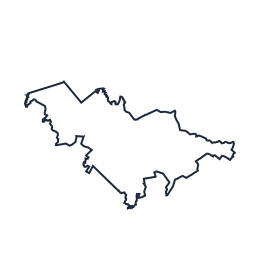 the district of Grundzāles pag., Smiltenes, Latvia, rotated 133°
{"feature_id": "27541924B22887271928522", "entity_name": "Grundzāles pag.", "entity_type": "district", "adm_level": 2, "iso_a3": "LVA", "parent_name": "Latvia", "parent_adm1": "Smiltenes", "projection": "albers", "projection_center": [26.243, 57.466], "detail": "fine", "context": "isolated", "style": "outline", "palette": "slate", "viewbox_px": 256, "rotation_deg": 133, "n_neighbors": 0, "source": "geoboundaries", "source_scale": "gbopen_adm2", "svg_char_len": 5666}
<svg xmlns="http://www.w3.org/2000/svg" viewBox="0 0 256 256"><g transform="rotate(133 128 128)"><path d="M110.3,155.0L112.2,153.7L114.0,152.7L115.8,152.1L117.7,151.6L119.1,153.3L119.0,153.6L118.8,153.8L118.2,154.2L117.9,154.3L117.4,155.0L117.8,155.3L117.6,156.4L120.4,157.7L121.9,156.4L122.0,156.7L121.6,160.4L121.8,161.0L121.6,161.4L120.9,162.3L119.6,163.0L119.5,163.8L119.6,164.2L119.5,164.3L119.6,164.5L118.9,164.7L118.9,165.0L119.4,165.6L118.7,166.0L118.3,166.5L119.1,167.2L119.1,167.4L119.0,167.9L119.1,168.2L119.1,168.3L118.1,168.8L117.4,168.7L117.5,169.1L117.8,169.8L117.6,169.9L117.0,170.0L116.8,170.2L117.0,170.4L117.7,170.3L117.9,170.5L117.8,170.9L117.8,171.0L118.4,171.3L118.0,171.6L117.6,171.4L117.5,171.5L117.6,171.8L117.3,172.2L117.0,172.3L116.6,172.1L116.4,172.4L116.5,172.6L116.2,172.5L116.1,172.9L116.5,173.3L116.4,173.4L116.0,173.2L116.1,173.4L117.2,174.1L117.4,174.4L119.3,176.0L121.1,177.0L120.7,174.7L123.0,174.1L123.2,176.9L141.3,179.5L137.8,206.5L139.3,206.7L170.4,224.4L170.7,224.4L170.7,224.1L170.8,224.0L171.3,224.2L171.4,223.9L171.7,224.0L171.6,224.5L171.9,224.5L172.1,224.3L172.2,224.0L172.1,223.5L172.6,223.5L172.8,223.7L172.7,223.3L172.8,223.2L173.2,223.2L173.1,223.6L173.3,223.8L173.7,223.5L173.6,222.9L174.2,222.8L174.3,222.5L174.1,222.2L174.6,222.3L174.9,222.3L174.9,221.9L175.2,221.7L175.3,222.1L175.5,222.2L175.8,221.6L176.1,221.4L176.4,221.6L176.7,221.6L176.8,221.4L176.8,221.0L177.1,220.8L177.8,221.2L177.6,221.4L178.0,221.3L178.1,220.8L178.3,220.6L177.9,220.5L178.1,220.2L178.4,220.5L178.7,220.1L179.0,220.2L178.9,220.7L179.0,220.8L179.8,220.2L180.0,219.8L179.7,219.8L179.8,219.7L180.4,219.9L180.8,219.2L180.4,219.2L180.5,219.0L180.9,218.8L180.7,218.3L181.0,218.1L181.1,218.4L181.3,218.3L181.3,218.2L181.1,218.0L181.2,217.9L180.9,217.9L180.8,217.7L181.2,217.4L181.4,217.6L181.4,217.8L181.6,217.5L181.7,217.1L181.5,216.4L181.0,216.4L180.3,216.8L179.3,217.0L176.4,216.3L175.2,217.4L173.0,216.5L171.6,216.6L171.0,216.0L170.5,214.9L170.9,214.1L171.0,213.0L168.6,203.9L168.8,203.3L169.1,202.8L170.7,200.9L173.5,199.5L174.6,198.3L174.4,197.2L173.9,195.9L173.9,195.6L177.0,195.4L179.7,196.2L181.5,194.7L181.0,193.8L177.9,193.9L177.8,193.4L177.9,192.6L177.3,192.1L177.3,191.4L176.5,190.9L175.9,191.1L175.2,190.7L176.1,188.5L177.0,188.4L177.9,187.9L178.1,187.9L178.5,185.2L179.1,184.0L179.5,183.7L180.3,183.6L180.8,183.2L181.0,182.1L181.0,181.4L180.8,181.0L180.6,180.3L180.3,179.8L180.1,178.7L179.8,178.1L179.9,177.6L179.6,177.0L179.7,176.1L180.4,174.9L181.4,174.3L183.6,173.4L183.8,171.7L183.7,171.5L184.1,171.3L185.7,169.9L186.2,169.7L188.8,169.8L189.7,169.0L189.6,168.8L183.5,164.1L181.8,162.9L180.8,158.7L178.5,157.6L173.9,156.9L169.9,159.4L169.2,160.3L165.1,155.2L164.8,154.7L164.6,154.6L171.4,151.5L171.5,148.5L171.1,147.2L170.1,145.0L169.4,143.9L168.8,139.5L176.5,140.0L176.8,138.7L176.3,136.9L177.5,136.4L178.9,137.1L179.3,138.2L181.5,136.3L182.3,136.9L183.4,136.9L183.6,136.7L183.0,135.8L183.0,135.6L184.2,136.0L184.8,136.0L185.1,135.8L185.4,135.4L185.5,134.5L185.9,133.7L186.0,133.5L185.8,132.9L185.7,132.7L183.0,131.7L182.8,130.0L188.3,129.0L187.4,125.6L179.7,127.8L180.4,93.5L180.3,93.3L180.3,92.8L180.1,92.4L180.5,92.0L180.2,91.6L180.4,91.0L180.3,90.5L180.6,89.4L180.0,88.8L179.8,88.5L179.9,88.1L178.4,87.5L178.2,87.2L178.1,86.9L177.7,86.6L177.8,86.5L177.9,86.1L177.8,85.7L177.9,85.4L178.1,85.0L178.2,84.3L178.6,83.9L178.3,83.5L178.4,83.4L180.0,82.9L180.4,82.6L181.1,81.6L180.9,81.2L182.0,80.4L183.2,80.3L184.5,79.8L185.3,79.7L184.9,78.1L185.0,77.5L184.7,77.0L184.4,77.0L184.2,76.3L183.8,75.9L184.1,75.4L183.8,74.8L183.8,74.0L183.6,73.6L183.9,73.1L184.4,73.0L184.9,73.2L185.0,73.6L186.6,73.7L186.9,73.3L185.6,72.8L185.1,72.4L185.2,71.8L184.7,71.7L184.5,71.2L183.4,71.4L183.5,71.9L183.3,72.4L182.5,71.9L182.5,71.2L182.7,70.8L181.9,71.0L181.8,70.2L181.4,70.4L179.9,70.4L178.8,70.2L178.6,70.0L178.0,71.0L176.5,71.9L176.2,72.2L175.6,72.0L174.9,72.2L174.1,73.1L173.2,73.5L172.6,74.7L172.3,75.0L170.2,76.5L168.5,74.6L172.2,73.0L169.9,71.1L165.8,69.4L163.4,72.8L158.8,74.9L157.9,78.5L157.3,78.0L154.4,81.7L153.0,80.7L153.0,80.8L145.1,74.7L144.6,74.7L142.5,78.5L142.4,78.5L140.3,77.5L137.4,71.3L138.2,67.2L139.5,60.7L139.8,60.5L145.2,59.9L145.6,59.6L146.1,57.9L146.4,57.5L146.9,57.2L148.1,57.0L149.0,56.7L149.4,56.1L149.9,55.2L151.1,54.0L150.4,53.4L139.8,55.4L135.4,57.6L134.6,58.0L133.5,58.4L132.7,57.8L128.4,56.4L125.7,55.3L124.8,51.4L122.6,50.8L118.6,49.6L116.3,49.1L111.6,47.8L110.8,49.2L106.7,51.9L106.0,55.7L102.1,54.8L101.6,54.5L101.2,54.5L93.0,52.8L92.1,51.6L91.6,50.5L90.8,46.3L89.8,46.5L89.8,46.8L88.7,45.8L88.3,39.8L84.2,40.3L83.1,38.4L82.2,34.8L81.8,31.6L79.6,31.9L77.3,31.5L77.4,32.4L75.1,33.2L73.3,33.0L73.3,37.5L71.0,37.9L67.6,39.6L67.2,40.0L66.7,41.0L66.3,41.4L66.3,41.6L69.0,42.8L70.5,44.1L70.9,45.8L71.8,47.3L72.0,47.5L73.3,47.7L73.8,47.9L75.3,49.0L75.0,50.0L75.2,52.2L75.3,52.5L75.7,52.7L76.6,52.8L78.2,53.9L79.0,54.2L79.9,55.4L81.2,56.2L81.5,56.2L81.5,57.6L81.3,58.7L81.6,60.0L83.1,61.4L83.2,62.8L82.5,63.7L83.8,67.8L85.0,70.6L85.7,71.6L87.0,71.7L87.7,72.4L86.8,73.0L86.3,74.2L87.1,75.8L90.4,78.3L90.4,80.9L90.8,83.9L94.0,88.4L93.0,90.0L90.4,93.8L88.8,98.8L87.2,102.1L85.7,102.9L84.1,104.3L83.7,104.7L83.4,105.6L87.9,107.1L91.0,112.2L94.0,114.8L95.1,119.3L104.2,123.1L105.1,123.2L106.2,124.2L107.0,124.5L107.5,124.5L114.0,126.9L115.3,126.8L116.1,127.9L117.3,128.6L117.5,129.1L117.6,129.6L117.3,130.0L117.2,131.4L116.0,137.5L117.3,140.2L117.2,142.6L116.9,143.0L115.2,145.0L113.7,147.2L111.8,147.3L111.8,147.9L111.1,147.9L111.2,148.5L111.0,149.0L110.6,149.3L110.2,150.6L110.5,150.9L110.2,151.4L109.8,151.7L109.8,152.4L109.4,152.9L109.7,154.5L110.3,155.0Z" fill="none" stroke="#1e293b" stroke-width="2"/></g></svg>